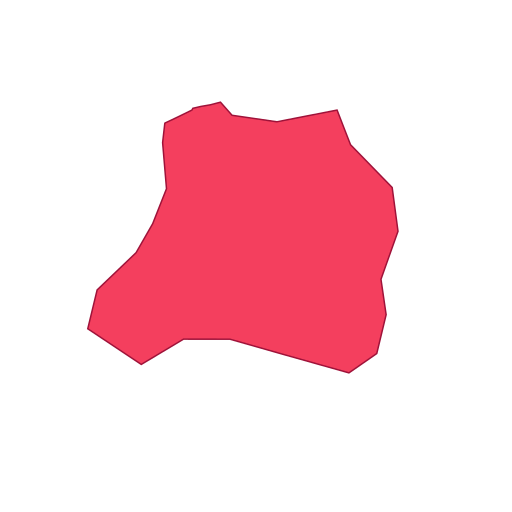 outline of Agia Varvara, Nicosia, Cyprus, rotated 220°
{"feature_id": "46923920B72089491850664", "entity_name": "Agia Varvara", "entity_type": "district", "adm_level": 2, "iso_a3": "CYP", "parent_name": "Cyprus", "parent_adm1": "Nicosia", "projection": "orthographic", "projection_center": [33.362, 35.036], "detail": "fine", "context": "isolated", "style": "filled", "palette": "rose", "viewbox_px": 512, "rotation_deg": 220, "n_neighbors": 0, "source": "geoboundaries", "source_scale": "gbopen_adm2", "svg_char_len": 553}
<svg xmlns="http://www.w3.org/2000/svg" viewBox="0 0 512 512"><g transform="rotate(220 256 256)"><path d="M269.0,409.6L287.7,419.9L326.3,372.2L364.8,348.4L382.1,351.0L388.3,342.3L394.4,335.1L398.6,329.5L399.3,328.6L398.9,326.6L405.1,312.6L411.2,299.3L411.0,298.8L400.4,282.8L367.8,250.0L355.9,214.3L350.0,181.5L355.9,127.9L338.1,92.1L274.2,99.2L258.1,145.7L222.5,175.5L169.1,199.4L109.7,226.2L100.8,258.9L118.6,294.7L145.3,318.5L150.1,331.3L163.1,366.2L195.7,396.0L255.1,402.0L269.0,409.6Z" fill="#f43f5e" stroke="#9f1239" stroke-width="1.5"/></g></svg>